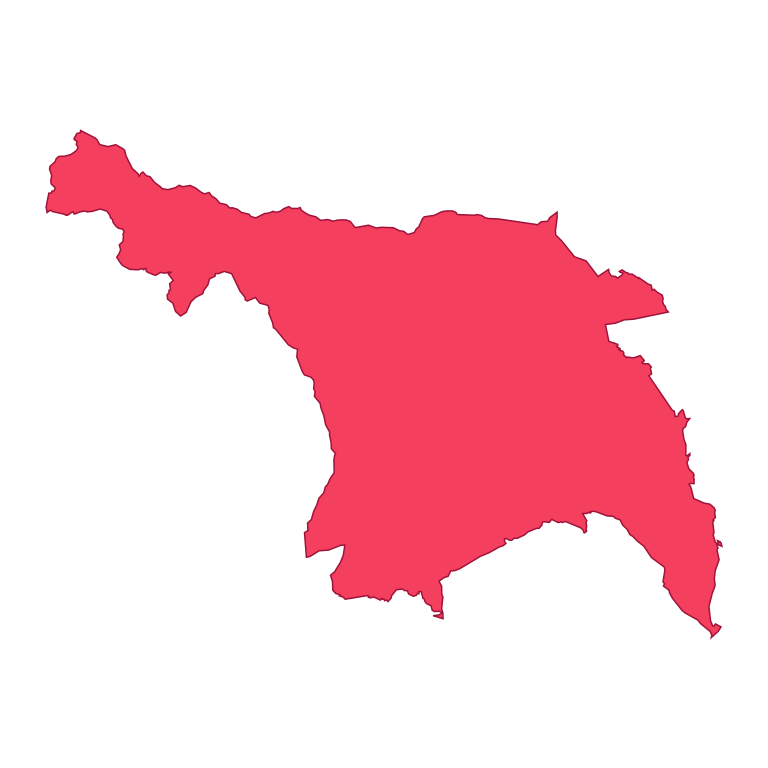 the district of Carbunesti, Prahova, Romania
{"feature_id": "2599482B86728015913545", "entity_name": "Carbunesti", "entity_type": "district", "adm_level": 2, "iso_a3": "ROU", "parent_name": "Romania", "parent_adm1": "Prahova", "projection": "equal_earth", "projection_center": [26.2, 45.227], "detail": "fine", "context": "isolated", "style": "filled", "palette": "rose", "viewbox_px": 768, "rotation_deg": 0, "n_neighbors": 0, "source": "geoboundaries", "source_scale": "gbopen_adm2", "svg_char_len": 6089}
<svg xmlns="http://www.w3.org/2000/svg" viewBox="0 0 768 768"><path d="M443.0,618.7L442.9,613.0L441.6,608.6L442.9,596.9L441.8,594.4L441.6,586.1L439.0,581.2L444.2,577.5L448.0,576.4L450.8,570.9L454.9,570.6L459.9,568.6L480.4,556.3L489.3,552.6L499.0,547.1L503.1,545.7L505.9,543.5L504.5,541.2L504.6,538.7L506.7,538.7L509.9,540.4L512.0,540.1L514.1,538.2L517.3,538.3L524.5,534.9L527.8,532.0L536.4,528.4L539.1,528.3L541.9,525.1L542.3,522.7L543.4,521.7L549.2,522.4L551.7,519.4L558.3,522.6L561.1,521.9L562.6,522.5L565.2,521.4L580.6,527.8L583.0,529.9L584.0,532.7L584.9,532.8L586.7,531.0L586.0,529.4L586.7,526.4L586.0,522.5L586.8,520.9L582.6,513.5L586.8,513.5L588.2,512.5L590.3,513.0L590.8,512.7L590.2,511.7L592.5,511.3L596.0,511.7L607.1,515.9L613.5,516.4L615.2,518.2L620.1,519.9L622.7,525.1L627.1,529.3L629.9,534.6L632.8,536.4L637.8,541.5L643.7,546.0L651.5,557.6L664.3,567.1L664.9,570.1L663.0,581.8L664.5,583.8L663.4,586.0L669.2,590.4L669.5,592.9L672.5,598.3L682.1,610.5L685.2,613.0L698.1,620.2L700.3,623.4L710.0,631.3L711.9,635.2L711.3,637.5L718.3,631.2L721.0,626.9L715.4,623.9L714.0,626.2L712.6,625.9L710.5,620.5L708.9,606.6L712.2,593.4L714.8,586.6L715.1,584.9L714.3,578.6L715.2,570.8L719.1,559.7L716.9,549.6L718.0,548.0L716.7,544.9L717.4,544.5L721.9,546.3L721.0,542.8L719.9,541.6L717.5,540.7L718.4,542.4L717.8,543.6L715.3,542.4L713.1,534.5L714.0,532.8L712.8,522.4L713.8,520.7L712.9,520.1L715.4,517.5L714.7,513.0L715.2,510.0L714.0,507.7L710.0,504.2L703.7,503.0L693.7,498.5L691.4,489.2L690.3,486.0L688.9,484.3L690.2,483.4L694.0,483.7L694.1,478.6L693.3,477.2L694.1,475.4L693.4,473.4L688.9,468.8L686.9,462.8L688.5,459.2L688.0,456.9L689.8,455.6L689.9,453.6L687.2,455.6L685.8,455.6L685.9,444.6L683.9,439.2L682.6,430.6L683.3,428.5L685.7,426.4L686.9,422.1L689.8,418.5L686.8,418.8L685.3,417.8L683.2,410.5L682.3,409.7L678.6,413.5L678.0,416.2L675.2,416.5L674.3,411.2L672.3,410.3L648.8,375.7L651.6,373.9L650.4,368.2L651.3,367.0L648.5,363.8L642.7,363.6L642.0,362.3L643.8,361.5L644.2,360.4L640.2,355.6L633.6,357.9L627.8,357.1L627.0,357.7L623.7,355.1L623.8,352.9L622.7,351.1L619.8,350.5L619.1,349.6L620.1,349.5L620.1,348.5L616.9,347.2L617.2,346.0L617.7,346.1L617.8,344.4L608.9,341.4L605.4,324.5L615.1,323.3L624.1,319.9L634.1,319.1L668.3,312.0L665.9,309.2L665.3,306.4L663.5,304.5L662.5,300.9L663.2,298.7L662.2,295.2L657.0,292.1L654.1,289.3L652.2,290.2L651.2,285.2L648.0,284.0L638.8,277.6L638.6,278.4L632.3,274.2L628.7,274.1L627.9,272.9L626.6,272.9L622.1,269.9L619.3,271.5L620.5,272.5L622.7,272.8L622.5,274.7L617.5,278.1L615.5,276.5L611.2,275.9L609.1,272.5L608.6,269.4L598.0,276.5L586.1,260.9L574.5,256.8L561.4,240.6L555.7,235.0L555.4,230.7L557.1,217.9L557.1,212.2L550.0,217.4L547.6,221.3L541.3,221.7L537.7,224.7L498.8,219.0L488.5,218.5L485.3,217.8L481.2,215.3L476.6,214.6L474.9,215.2L458.2,214.6L456.7,214.1L456.4,212.9L454.6,211.7L452.1,210.9L445.5,211.0L441.9,211.7L434.2,215.4L424.3,216.8L422.5,218.7L418.8,226.9L416.2,229.0L414.3,232.6L407.7,234.5L403.7,231.3L399.7,230.8L393.2,227.7L381.2,227.3L376.2,228.0L368.5,225.2L355.2,227.6L350.2,221.4L345.9,219.9L338.0,220.0L333.3,221.2L327.7,219.5L320.7,220.4L315.8,216.8L309.1,215.1L304.6,212.5L301.5,210.4L300.1,207.5L297.8,208.5L291.6,208.4L288.8,206.6L283.7,208.7L280.5,211.2L276.0,212.3L273.1,211.3L268.7,213.1L264.7,213.5L255.8,217.9L251.0,216.6L249.0,214.2L241.6,212.5L237.0,209.1L232.1,207.7L229.9,208.1L226.3,204.6L219.8,203.2L216.0,198.8L211.6,195.9L209.1,192.5L204.5,193.9L200.9,192.1L195.7,188.1L190.3,185.5L182.8,186.7L179.1,185.3L175.4,187.7L167.9,189.6L161.9,188.6L161.3,187.5L154.6,182.4L149.9,176.6L146.5,175.9L143.0,172.1L141.7,172.6L139.1,176.3L138.0,173.8L132.2,168.4L126.0,155.9L124.7,150.4L122.8,148.6L115.7,144.7L108.1,146.6L99.8,144.6L96.9,139.6L95.0,137.9L80.6,130.5L80.5,132.6L76.9,133.5L74.0,138.7L74.2,139.6L77.0,141.2L76.3,144.8L77.5,146.0L77.8,148.1L76.6,150.4L70.6,154.7L64.4,156.2L58.8,156.4L56.3,158.6L55.0,161.8L50.0,166.3L49.5,169.1L51.7,175.5L50.8,180.6L51.2,184.0L55.4,187.9L53.9,191.0L52.1,191.0L51.3,192.9L48.8,193.2L46.1,207.2L47.1,212.5L50.4,210.1L52.3,211.5L64.5,214.3L66.2,215.4L68.0,215.0L72.3,211.9L73.2,212.1L73.8,213.7L74.9,214.0L80.0,211.9L85.0,211.0L87.2,211.9L92.1,211.4L100.2,209.0L107.0,211.2L109.8,215.2L110.6,218.0L112.6,219.6L113.0,222.3L115.8,226.0L118.4,228.2L122.6,229.2L124.1,231.6L123.0,234.3L123.4,236.1L123.0,241.4L119.3,244.8L120.6,249.8L119.1,253.7L116.7,257.2L120.4,262.9L122.4,265.4L129.8,269.4L138.0,269.8L142.4,268.6L143.5,269.7L145.8,268.3L146.2,270.8L147.0,271.9L153.9,274.9L156.0,275.2L160.4,272.5L165.0,273.2L168.2,272.1L171.5,272.2L168.2,273.8L173.3,280.5L169.6,283.8L170.5,290.0L168.9,290.4L169.2,292.1L167.1,295.1L167.6,299.2L172.9,303.2L175.5,311.4L180.6,316.0L186.1,312.5L190.9,302.0L195.5,297.4L202.8,293.6L203.8,290.3L207.8,285.0L209.5,278.9L215.0,276.2L215.4,273.6L218.5,273.6L224.3,271.4L231.6,273.6L240.1,291.3L244.9,297.1L245.3,299.9L247.3,301.0L255.5,297.5L259.7,303.1L268.0,305.4L269.2,309.4L268.8,313.3L272.7,323.0L273.5,327.9L275.1,328.5L288.3,344.7L292.9,347.7L297.5,349.2L296.8,357.0L302.4,371.7L304.4,374.9L311.0,377.2L313.7,380.4L314.2,383.3L313.6,388.7L315.1,391.7L314.4,396.4L320.1,403.3L320.9,407.8L323.8,415.5L325.6,424.6L329.6,432.0L329.5,435.0L331.1,442.6L331.4,448.9L335.6,453.6L334.7,455.0L333.9,460.0L334.2,472.6L330.0,478.9L327.6,484.5L325.4,486.8L323.7,492.9L318.9,498.3L316.8,504.9L313.6,511.6L311.4,519.5L307.6,523.0L307.9,530.6L304.5,532.6L306.4,557.2L309.9,556.5L319.1,550.8L328.5,550.1L341.0,545.2L344.8,545.1L343.3,555.3L340.4,562.4L334.6,571.8L330.5,575.2L332.5,581.6L332.8,590.2L335.6,593.4L339.1,594.5L340.8,595.6L339.8,596.0L343.1,597.1L345.2,599.2L368.0,595.5L368.4,597.3L369.4,597.0L369.9,597.9L373.9,597.1L380.4,600.1L381.6,598.4L382.4,599.3L383.9,599.1L384.6,600.6L386.5,600.1L388.0,601.6L391.2,598.0L391.5,595.8L396.5,589.7L402.6,589.1L404.3,590.5L407.4,590.8L408.6,593.9L413.4,596.3L416.5,595.2L417.3,593.4L418.9,593.8L418.9,591.7L421.3,591.6L422.9,598.4L424.0,598.6L425.1,601.8L426.7,603.7L431.1,605.8L432.2,610.3L434.4,611.5L439.7,611.3L442.0,612.9L439.0,614.9L433.1,615.7L443.0,618.7Z" fill="#f43f5e" stroke="#9f1239" stroke-width="1.5"/></svg>